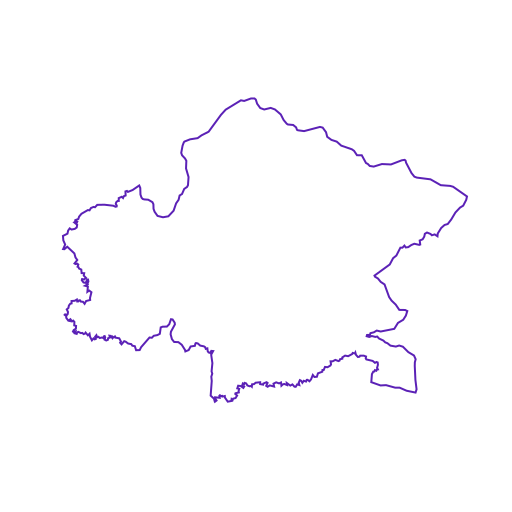 outline of El Playón, Santander, Colombia, rotated 16°
{"feature_id": "7082276B80237546514207", "entity_name": "El Playón", "entity_type": "district", "adm_level": 2, "iso_a3": "COL", "parent_name": "Colombia", "parent_adm1": "Santander", "projection": "orthographic", "projection_center": [-73.194, 7.522], "detail": "fine", "context": "isolated", "style": "outline", "palette": "violet", "viewbox_px": 512, "rotation_deg": 16, "n_neighbors": 0, "source": "geoboundaries", "source_scale": "gbopen_adm2", "svg_char_len": 6089}
<svg xmlns="http://www.w3.org/2000/svg" viewBox="0 0 512 512"><g transform="rotate(16 256 256)"><path d="M442.4,140.6L426.4,135.1L423.3,135.1L414.1,137.0L402.6,134.2L389.0,136.3L386.4,136.1L382.7,133.5L374.5,124.9L373.5,123.1L372.4,122.6L369.8,123.8L360.5,130.8L351.7,132.9L344.5,137.6L340.5,138.1L338.1,136.7L336.1,136.3L329.9,130.0L325.3,131.3L321.3,127.9L318.7,127.0L307.5,126.4L302.1,123.8L296.5,123.6L291.6,121.8L289.2,117.7L284.7,114.2L281.9,114.3L267.8,122.7L261.6,123.6L260.6,123.4L259.1,121.3L255.6,119.8L250.4,120.8L249.1,120.4L245.1,117.7L240.8,113.1L233.8,109.9L229.3,109.6L223.5,112.9L219.3,112.6L215.1,109.3L212.7,105.7L211.2,105.0L207.7,106.0L201.9,110.2L198.6,110.5L186.5,123.7L183.4,130.0L176.2,149.6L170.4,155.0L167.4,158.8L160.5,162.0L155.7,165.7L155.3,166.6L155.0,170.2L155.7,177.5L157.2,179.6L160.9,181.8L162.8,183.7L164.6,191.1L169.4,198.7L171.1,206.7L170.7,208.6L168.5,211.3L167.8,216.8L165.9,218.9L166.1,223.3L164.7,227.4L164.3,235.2L160.8,242.0L155.9,244.4L150.3,244.6L146.3,241.4L144.5,238.9L143.1,234.5L141.6,232.8L136.9,231.6L133.0,232.4L131.4,232.4L129.9,231.5L128.0,228.8L126.0,222.5L124.3,220.4L119.2,226.6L115.2,229.7L114.0,229.0L112.7,229.9L114.0,233.8L112.4,235.0L112.2,236.9L110.6,236.1L108.1,238.2L108.9,240.9L107.8,241.2L106.8,242.9L106.8,244.6L108.2,245.8L108.4,246.8L107.4,247.4L105.0,247.0L96.1,248.5L89.3,250.6L87.8,253.5L86.3,253.6L84.1,255.4L83.4,258.0L81.7,258.2L76.6,263.5L75.1,266.9L75.0,269.4L72.4,271.3L72.6,272.4L74.7,272.3L74.5,273.8L72.8,273.0L72.0,273.8L75.5,275.3L75.8,278.0L74.3,279.9L71.4,281.4L69.3,280.8L68.4,283.4L68.6,286.5L64.9,289.9L66.5,294.1L69.4,297.6L68.7,302.5L69.9,302.3L72.0,299.1L80.7,303.6L82.9,307.2L85.3,309.1L83.6,313.2L84.8,313.5L86.4,312.6L87.6,313.3L87.4,315.5L88.5,315.7L89.3,316.8L91.8,317.2L93.1,320.5L95.6,319.9L95.8,322.3L98.6,323.9L97.3,325.9L95.2,326.1L95.2,327.3L97.5,329.0L99.7,328.8L100.2,325.2L101.0,324.9L101.9,326.7L101.6,328.7L102.1,329.5L99.9,331.7L102.8,331.7L103.8,336.9L105.1,335.2L107.8,336.2L108.0,342.1L108.7,344.0L105.1,346.1L104.4,349.2L102.3,347.7L100.2,348.1L99.1,347.1L98.2,347.3L97.8,348.6L96.7,349.0L95.8,347.2L94.1,349.0L91.1,350.1L91.8,352.4L90.6,353.1L89.8,355.2L90.0,357.7L88.8,359.5L90.7,361.6L91.0,363.7L90.6,364.6L88.6,364.7L88.3,365.3L90.2,366.1L90.6,367.7L93.4,369.9L94.9,369.8L94.4,368.7L95.0,367.9L97.2,369.6L98.1,368.5L99.6,369.4L100.4,372.8L102.3,372.8L102.9,375.5L101.2,377.4L100.9,379.1L101.7,379.4L103.2,378.3L103.0,380.3L105.1,380.3L105.2,378.7L106.1,377.9L108.9,378.4L110.3,377.8L111.8,378.6L113.0,377.7L113.3,376.6L116.3,378.6L117.4,376.6L118.7,379.3L121.5,382.3L122.5,380.0L123.9,380.6L124.8,379.9L123.6,378.0L124.4,376.1L125.7,377.9L126.8,377.1L128.4,377.9L130.6,376.7L132.3,377.1L132.0,375.1L132.6,374.7L133.5,375.8L133.5,378.1L135.3,378.5L136.7,377.4L136.5,375.8L138.1,374.6L137.1,373.0L138.5,372.8L140.4,374.4L140.5,373.1L141.7,373.6L142.6,372.2L143.6,373.2L147.2,372.8L149.8,375.5L149.3,376.8L151.1,378.0L152.8,374.2L154.4,374.3L157.2,375.4L160.4,375.1L161.8,376.3L164.4,376.1L166.7,379.6L170.1,378.5L170.7,375.3L176.1,363.7L178.4,363.3L179.7,360.9L183.0,359.2L185.0,357.3L184.1,350.9L185.7,349.7L189.8,348.4L191.4,345.5L191.7,340.2L193.3,340.0L196.2,342.5L196.9,344.1L195.1,352.2L195.5,354.8L198.1,359.1L201.0,361.2L205.1,360.2L209.1,361.8L213.6,365.8L214.4,367.2L217.2,365.0L218.1,361.0L222.0,359.2L221.9,356.7L222.3,356.2L224.1,356.1L227.1,357.5L230.8,357.2L232.3,357.7L233.3,359.1L234.7,358.2L235.8,360.8L237.0,361.8L238.5,361.8L239.2,359.5L241.0,359.2L240.1,363.2L243.6,371.0L245.1,379.1L246.4,381.2L246.3,384.3L247.9,388.3L250.9,402.7L254.9,404.7L256.2,406.8L256.7,406.1L257.0,407.0L257.9,405.8L255.8,404.0L255.6,403.1L260.2,402.3L259.3,400.5L259.7,399.8L260.9,400.3L262.0,399.8L262.4,400.4L264.6,399.2L265.1,400.6L269.0,403.8L272.2,402.2L272.0,400.4L273.2,401.1L273.3,399.5L275.5,398.2L276.3,395.3L274.1,394.3L274.1,393.6L277.1,391.9L276.5,390.7L276.5,388.3L274.5,388.4L274.6,385.6L277.1,385.2L280.2,386.3L280.6,384.8L278.9,384.6L278.4,383.8L278.5,382.1L279.9,382.5L280.1,381.1L281.7,381.2L283.4,382.8L285.7,383.0L287.0,382.3L288.0,382.8L287.6,380.4L289.4,379.7L290.6,377.9L294.8,376.2L295.3,378.0L298.3,377.7L298.2,376.6L300.9,374.4L302.1,374.8L301.6,378.0L303.2,378.5L304.9,376.6L309.4,376.5L308.0,373.9L310.2,371.9L313.3,372.1L314.9,370.7L316.2,373.7L317.2,372.0L318.5,371.2L321.4,371.5L320.6,369.6L324.7,371.1L326.4,369.4L329.0,371.0L330.2,370.8L331.0,368.0L333.2,368.1L332.0,366.1L332.4,363.2L333.8,363.5L335.5,365.1L336.3,362.8L338.7,362.9L338.9,361.1L339.7,360.8L341.9,361.7L342.9,359.5L343.4,354.7L345.5,356.2L347.8,355.3L347.9,351.7L351.6,349.0L351.3,347.3L352.5,346.9L352.9,343.6L355.4,343.2L357.7,340.8L358.0,339.5L356.7,336.7L358.7,336.1L360.9,334.0L364.2,334.3L365.1,333.6L365.2,332.1L367.3,330.9L366.9,329.7L369.1,327.2L372.2,326.9L375.4,323.8L375.7,322.5L377.9,322.5L378.1,321.4L379.3,323.4L381.8,325.0L383.2,324.3L383.6,323.1L387.1,322.1L389.5,322.3L389.7,324.2L390.6,325.0L397.1,324.7L399.8,325.9L401.0,324.7L402.3,324.8L403.2,327.0L403.2,330.1L404.4,331.4L403.5,331.8L403.3,333.1L401.8,332.9L401.6,334.4L400.6,334.8L400.0,337.6L401.6,345.5L411.4,346.1L416.6,344.3L426.2,344.2L430.4,343.0L437.9,344.0L447.0,343.3L447.1,339.9L443.4,331.2L438.9,317.9L438.0,314.4L437.9,311.2L435.3,308.1L428.9,306.4L422.2,302.7L418.3,302.6L415.4,304.5L409.9,305.1L406.4,303.6L404.0,303.4L401.8,302.2L397.0,301.4L394.7,300.0L393.0,300.9L389.4,301.0L387.2,302.6L384.5,302.6L384.5,301.3L387.2,300.5L387.3,298.6L390.3,296.9L392.6,294.4L396.7,294.2L409.0,287.9L410.9,281.2L415.1,276.7L416.5,272.0L416.6,267.2L414.2,266.8L408.6,268.3L403.7,264.2L398.6,261.5L395.3,258.8L387.4,247.9L383.0,246.5L379.4,244.0L376.1,243.1L375.3,242.2L386.9,227.3L388.4,220.3L390.8,216.9L392.5,208.2L394.5,207.6L395.8,205.1L397.6,206.5L399.9,205.5L402.3,202.6L404.8,200.6L409.9,200.3L410.7,199.7L409.1,196.0L411.6,194.0L412.4,191.0L412.2,188.1L413.9,186.3L417.7,186.7L419.3,187.6L421.8,186.0L425.0,187.0L424.5,184.3L426.3,178.0L428.7,174.2L431.5,172.4L433.6,167.1L435.7,159.2L438.8,153.2L441.3,150.5L442.6,144.1L442.4,140.6Z" fill="none" stroke="#5b21b6" stroke-width="2"/></g></svg>